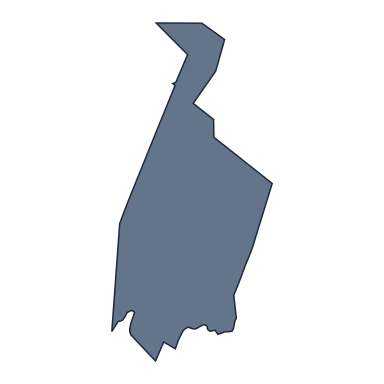 Lajes, Rio Grande do Norte, Brazil
{"feature_id": "56859067B6017308644468", "entity_name": "Lajes", "entity_type": "district", "adm_level": 2, "iso_a3": "BRA", "parent_name": "Brazil", "parent_adm1": "Rio Grande do Norte", "projection": "albers", "projection_center": [-36.184, -5.667], "detail": "fine", "context": "isolated", "style": "filled", "palette": "slate", "viewbox_px": 384, "rotation_deg": 0, "n_neighbors": 0, "source": "geoboundaries", "source_scale": "gbopen_adm2", "svg_char_len": 962}
<svg xmlns="http://www.w3.org/2000/svg" viewBox="0 0 384 384"><path d="M119.7,223.5L111.8,331.5L118.1,321.5L120.7,321.0L122.9,319.8L125.5,315.8L127.1,312.6L130.3,310.9L132.4,310.6L134.6,312.4L132.6,318.4L131.0,322.8L130.3,325.9L129.8,328.7L129.8,331.8L130.8,334.8L155.5,361.0L163.7,342.0L175.3,348.8L176.8,344.5L178.0,341.2L179.2,338.5L181.5,333.8L183.2,330.6L185.3,328.7L188.1,327.2L192.5,328.7L195.4,329.0L203.5,324.6L206.1,325.3L207.3,327.0L207.6,329.4L209.8,331.2L215.2,330.3L217.8,334.3L221.9,333.0L224.6,331.8L230.0,331.6L232.2,331.1L233.6,328.1L234.2,324.4L235.2,320.2L236.3,318.3L233.8,295.2L239.6,280.9L245.5,264.9L251.0,251.6L253.0,245.8L258.2,228.8L272.2,183.5L235.9,154.7L217.8,140.4L213.9,137.3L213.6,119.5L193.2,103.4L215.7,71.1L224.6,39.6L217.7,34.6L201.9,23.2L156.2,23.0L187.6,54.6L175.9,82.2L172.8,83.6L175.1,85.3L172.5,91.9L161.0,120.1L151.4,143.7L128.1,201.4L123.8,212.5L119.7,223.5Z" fill="#64748b" stroke="#1e293b" stroke-width="1.5"/></svg>